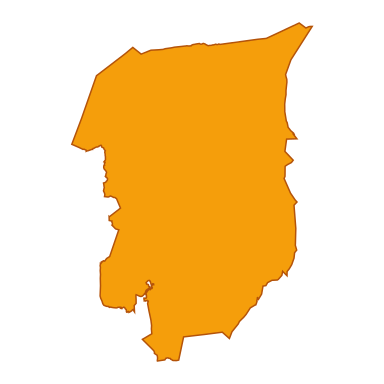 Ocuilan, México, Mexico
{"feature_id": "50627088B51709543913747", "entity_name": "Ocuilan", "entity_type": "district", "adm_level": 2, "iso_a3": "MEX", "parent_name": "Mexico", "parent_adm1": "México", "projection": "natural_earth1", "projection_center": [-99.429, 19.001], "detail": "fine", "context": "isolated", "style": "filled", "palette": "amber", "viewbox_px": 384, "rotation_deg": 0, "n_neighbors": 0, "source": "geoboundaries", "source_scale": "gbopen_adm2", "svg_char_len": 5940}
<svg xmlns="http://www.w3.org/2000/svg" viewBox="0 0 384 384"><path d="M299.2,23.0L266.3,38.4L257.5,39.3L220.2,44.4L219.9,44.4L219.2,44.1L218.8,44.0L218.6,44.1L218.3,44.3L218.0,44.4L217.3,44.6L216.9,44.6L216.4,44.4L215.7,44.2L215.5,44.3L213.6,44.9L213.2,44.9L212.8,44.9L211.9,45.2L210.8,45.4L209.7,45.4L208.6,45.6L208.4,45.7L208.1,45.7L206.9,45.1L206.7,44.9L206.2,44.8L205.1,44.0L203.9,43.6L203.2,43.4L202.6,43.7L202.0,44.0L201.2,44.2L200.3,44.1L199.4,43.5L196.8,43.9L196.1,44.0L194.8,44.3L192.9,44.6L191.4,45.3L191.2,45.8L188.9,46.0L186.7,45.8L185.7,46.0L184.5,46.1L181.9,46.4L174.3,47.2L171.6,47.8L165.2,48.7L163.1,49.4L158.2,49.8L150.9,50.2L141.1,54.1L132.8,47.4L124.7,54.1L96.5,75.7L81.6,118.3L74.9,136.1L71.8,144.3L79.1,147.5L83.0,149.4L84.0,149.2L86.3,150.3L86.2,151.3L87.1,150.9L87.9,150.8L91.3,149.6L91.7,149.4L92.2,149.3L92.6,149.4L92.7,148.9L93.2,148.4L93.8,148.4L95.1,147.6L95.8,147.3L96.5,147.0L97.6,147.0L97.8,146.9L98.4,146.6L98.8,146.5L98.8,146.2L100.4,145.4L101.2,145.3L101.4,145.5L101.4,145.9L101.7,146.8L101.9,147.2L103.6,147.9L104.1,149.3L105.3,150.8L104.9,151.5L104.8,152.0L104.8,152.6L105.1,153.7L105.2,155.1L105.2,155.8L105.5,156.9L105.4,157.8L105.5,158.6L105.4,158.9L105.5,159.6L105.4,159.9L105.1,160.5L104.7,160.8L104.2,161.5L103.9,161.9L104.3,162.1L104.7,162.3L104.8,162.5L105.0,162.5L104.8,163.0L104.7,163.3L104.4,164.0L104.3,164.7L104.6,165.2L103.9,165.6L103.8,166.1L103.7,167.1L103.8,168.0L104.2,168.8L104.2,169.0L104.3,169.2L105.1,170.0L105.9,171.0L106.5,172.1L106.5,172.8L106.0,173.9L105.9,174.6L105.9,175.2L105.6,175.8L105.3,176.3L105.9,176.8L106.0,177.2L106.3,177.5L106.6,177.5L107.5,178.5L107.5,179.1L107.5,179.5L107.3,180.1L107.2,180.4L106.7,181.0L106.4,181.1L106.1,181.8L105.8,182.0L105.2,182.5L104.4,182.7L103.5,183.0L103.6,183.7L103.8,184.3L104.1,187.0L104.3,187.5L104.1,188.3L103.9,188.9L103.8,189.8L103.5,190.6L103.5,190.9L103.9,191.9L104.2,192.2L104.8,194.2L104.8,195.0L104.5,196.6L107.8,197.0L108.8,196.9L109.4,196.5L110.4,196.0L110.8,196.1L112.5,196.8L113.4,197.4L114.2,197.5L114.8,197.5L115.2,197.6L115.8,198.2L115.9,198.3L116.5,198.6L120.5,208.1L109.3,216.8L109.1,216.6L109.2,220.5L111.9,221.1L111.8,221.3L111.9,222.1L112.3,223.0L112.4,223.7L112.3,224.6L112.5,225.2L112.1,225.3L115.6,228.9L118.8,229.8L109.7,256.5L106.6,258.5L104.7,261.1L103.5,260.8L103.3,261.1L102.6,261.3L102.4,261.8L101.9,261.7L101.5,262.1L101.3,262.1L101.2,262.9L100.6,263.1L100.9,263.4L100.3,264.1L100.4,264.5L100.1,265.9L100.3,266.5L100.4,267.0L100.4,268.1L100.2,270.5L100.5,274.5L100.3,278.2L100.5,285.8L100.1,296.0L100.7,298.2L102.0,301.1L102.8,303.7L103.4,304.6L103.9,305.3L106.4,306.3L108.8,306.5L109.0,307.1L109.6,307.4L110.5,307.1L111.0,307.1L111.7,307.4L113.9,307.7L116.1,307.9L117.1,307.8L117.9,307.3L119.3,307.2L120.3,307.2L121.1,307.4L121.0,307.7L120.5,308.2L120.8,308.4L121.8,308.6L121.9,307.8L122.1,307.9L122.4,307.9L123.7,307.2L124.6,307.5L125.4,309.0L126.2,309.5L126.3,309.9L126.4,311.5L126.6,312.1L127.0,312.3L128.2,311.4L128.3,311.4L128.7,311.7L128.9,312.4L130.7,311.5L131.9,310.6L132.2,310.1L133.1,309.5L133.3,309.8L133.7,310.4L133.7,310.8L134.1,311.3L134.5,311.9L134.2,305.5L136.1,303.4L136.1,299.5L135.9,295.8L136.1,294.7L136.7,294.9L138.9,295.9L140.0,296.3L140.9,296.5L141.8,296.3L142.3,296.1L143.8,294.8L144.6,293.5L145.1,293.6L145.2,293.2L145.6,292.3L145.6,291.6L146.1,290.4L146.9,289.7L147.2,289.4L147.9,289.2L148.6,288.3L148.9,288.4L149.8,288.0L149.7,287.5L149.8,287.3L149.8,287.2L149.6,287.1L149.5,286.6L149.0,286.4L148.6,286.1L148.4,284.7L148.0,284.4L147.0,284.1L146.8,284.2L146.5,283.9L146.5,283.6L146.1,282.6L148.1,280.6L149.4,280.4L149.6,280.5L149.9,280.9L149.9,281.1L150.0,281.2L150.0,281.4L150.1,281.6L150.4,281.7L150.5,282.1L150.5,282.3L150.9,283.6L151.0,283.7L151.2,284.8L152.1,284.5L152.8,283.7L153.6,283.9L153.7,284.7L153.0,284.7L152.1,285.3L151.7,286.0L151.8,286.3L151.6,286.8L151.4,286.7L151.2,287.0L151.3,287.2L152.2,287.5L152.3,287.7L152.0,288.5L151.0,288.7L150.7,288.6L150.4,289.6L149.3,289.4L147.9,290.5L147.1,291.6L145.6,294.1L146.0,294.1L146.3,294.5L146.5,295.3L146.2,295.8L146.5,296.4L146.5,297.4L146.4,297.7L146.2,298.1L145.6,298.3L145.3,298.1L144.9,298.1L144.4,298.2L144.0,298.1L143.9,298.5L143.9,299.0L144.4,300.4L144.2,300.8L145.1,301.0L145.1,300.9L145.0,300.7L145.6,300.7L146.1,300.7L146.5,300.6L146.8,300.7L147.1,300.5L147.3,300.9L147.9,300.9L147.9,301.3L148.2,301.5L147.6,303.5L149.0,311.1L149.5,313.4L150.9,320.0L151.6,325.6L151.5,327.3L151.4,328.9L151.8,333.8L144.4,338.2L142.4,339.3L143.6,340.6L152.7,349.6L153.9,350.9L154.5,352.3L154.4,352.7L154.4,353.4L157.2,355.3L157.6,358.0L157.3,360.7L157.4,361.0L164.1,360.0L164.3,359.8L164.5,359.8L164.8,359.9L165.4,359.1L166.0,358.2L166.5,358.2L167.1,357.9L167.6,357.9L168.2,357.9L168.9,358.3L169.5,358.4L170.2,358.4L170.5,358.7L170.7,359.2L171.0,359.4L171.7,359.6L172.1,359.9L172.4,360.3L172.8,360.4L173.2,360.5L176.4,360.6L178.7,360.1L183.6,336.9L205.0,334.4L222.3,332.2L229.4,338.5L232.0,331.7L238.2,324.0L239.4,321.5L241.6,319.3L243.6,317.4L246.1,314.4L250.3,307.9L255.3,304.9L255.4,305.0L255.6,305.0L255.8,304.9L256.7,302.5L256.8,301.6L257.0,301.4L257.0,301.1L256.8,300.6L257.2,299.5L257.4,297.8L257.4,297.7L257.6,297.6L257.8,297.9L257.8,299.4L258.3,299.6L261.6,294.1L263.0,286.1L265.9,285.6L267.6,282.6L272.0,280.3L277.4,280.0L278.4,279.3L281.9,275.3L282.6,271.3L287.0,275.7L287.1,271.5L289.2,268.9L291.7,264.7L294.0,258.2L294.6,252.7L296.7,250.1L295.3,245.2L295.4,244.0L295.8,228.4L294.0,205.2L297.0,202.0L295.1,199.9L290.5,193.1L284.1,178.5L285.0,176.4L285.1,166.6L285.3,166.1L287.7,164.5L291.3,162.6L292.1,161.7L293.2,160.2L284.9,151.4L286.6,139.1L296.9,138.8L293.4,134.3L294.1,134.3L293.6,133.2L291.1,131.0L290.9,130.9L288.1,127.3L287.5,124.2L287.2,122.7L286.3,121.0L284.7,111.1L284.8,110.8L284.7,104.1L285.3,98.7L286.0,94.8L286.0,90.5L286.9,82.1L286.8,79.3L286.0,76.6L285.6,74.5L290.9,59.8L312.2,26.4L310.7,26.4L309.2,26.6L308.3,26.9L305.9,28.0L299.2,23.0Z" fill="#f59e0b" stroke="#b45309" stroke-width="1.5"/></svg>